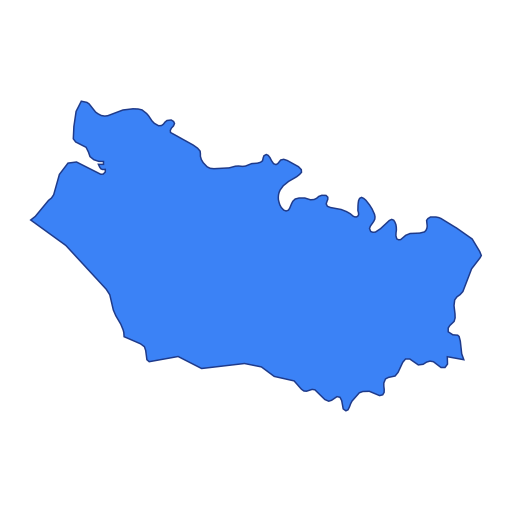 outline of Somme
{"feature_id": "FRA-5345", "entity_name": "Somme", "entity_type": "Metropolitan department", "adm_level": 1, "iso_a3": "FRA", "parent_name": "France", "parent_adm1": "", "projection": "albers", "projection_center": [2.405, 49.975], "detail": "fine", "context": "isolated", "style": "filled", "palette": "blue", "viewbox_px": 512, "rotation_deg": 0, "n_neighbors": 0, "source": "natural_earth", "source_scale": "10m", "svg_char_len": 3262}
<svg xmlns="http://www.w3.org/2000/svg" viewBox="0 0 512 512"><path d="M30.7,220.0L35.3,216.4L48.5,200.4L51.5,198.0L53.7,194.7L59.4,174.4L68.0,163.1L76.5,162.0L100.8,174.3L103.2,174.1L105.3,172.0L105.3,169.4L102.7,169.5L101.0,168.9L99.8,167.3L98.4,164.3L103.5,164.4L103.5,161.5L98.8,161.4L93.8,159.7L90.0,156.6L88.5,152.2L86.1,147.3L75.7,142.0L73.3,138.8L73.9,126.4L76.1,111.4L81.3,101.2L86.9,102.4L89.1,103.9L95.6,112.1L98.0,113.8L101.2,115.5L104.8,116.1L107.8,115.7L122.9,110.0L133.0,108.8L138.1,109.0L142.0,109.9L146.6,113.5L148.5,115.7L151.9,120.8L154.3,123.3L158.5,125.7L161.4,125.6L163.4,124.2L165.0,122.1L167.0,120.5L171.2,120.0L173.6,121.5L174.5,123.5L173.5,125.9L171.5,128.0L170.3,130.3L170.5,132.5L193.1,145.0L197.6,148.2L200.1,151.1L200.4,153.6L200.4,156.3L201.3,159.5L203.2,162.7L207.1,166.8L210.1,168.3L213.9,168.7L229.1,167.9L235.4,166.2L238.5,166.0L242.5,166.4L245.4,166.1L251.7,163.6L257.3,163.2L260.5,162.3L262.5,160.8L263.3,157.5L264.0,155.7L266.3,154.5L268.2,155.4L270.0,157.7L271.5,160.7L273.6,163.7L276.0,164.6L277.8,163.6L280.7,160.0L283.7,159.3L287.3,160.5L298.5,166.7L301.3,169.6L301.5,172.3L299.6,174.4L296.7,176.7L288.6,181.4L283.3,185.7L280.2,189.9L279.1,192.4L278.5,194.8L278.3,197.3L278.4,199.7L279.0,202.2L279.8,204.8L281.2,207.4L283.7,210.1L286.1,211.0L288.4,210.2L289.7,208.2L291.7,203.4L292.9,201.2L295.2,199.0L299.1,198.0L304.8,198.0L310.5,199.8L314.1,199.5L316.6,198.3L318.8,196.4L321.8,195.3L326.0,195.4L327.8,197.2L327.8,199.3L326.9,201.6L326.2,203.9L327.4,206.3L330.4,207.5L341.2,209.5L346.5,211.6L350.2,213.7L353.2,216.2L354.8,216.9L356.7,216.9L358.2,215.7L358.6,214.5L358.5,212.8L357.9,210.6L358.0,205.7L358.2,203.1L358.6,200.5L359.6,198.4L361.5,197.4L363.7,198.4L365.9,200.3L369.5,204.9L372.1,209.0L374.5,214.3L375.0,216.8L374.8,219.1L373.7,221.4L370.4,226.1L369.5,228.5L370.7,231.5L372.9,232.3L375.4,232.1L380.5,228.7L389.3,220.5L391.7,219.4L393.7,220.2L394.9,222.1L395.9,224.6L396.3,227.2L396.4,230.0L396.0,232.9L395.9,235.8L396.8,238.9L398.6,239.8L400.7,239.6L405.7,235.3L410.1,233.5L419.7,233.1L424.5,231.9L426.0,230.3L426.9,228.2L427.2,226.1L426.6,220.4L427.9,218.6L430.5,217.0L435.9,217.0L438.8,217.6L441.0,218.5L455.0,227.1L456.4,227.9L472.2,239.0L479.7,251.5L481.3,255.5L480.0,257.9L471.6,268.8L462.9,291.5L460.1,294.6L457.0,296.8L454.7,299.9L454.0,305.6L455.0,314.0L455.1,317.9L454.1,321.4L449.8,325.5L448.2,328.0L448.2,331.8L452.8,334.8L457.7,335.2L459.1,336.5L460.3,341.1L461.7,353.8L463.8,359.7L447.3,356.7L447.5,364.1L445.0,367.5L441.0,367.5L433.4,361.7L430.0,361.1L426.6,362.1L423.1,364.3L418.3,364.9L409.8,359.0L405.5,359.0L402.7,362.4L398.1,372.3L395.1,376.0L388.5,377.4L385.5,378.9L383.8,383.0L383.8,386.1L384.2,389.4L384.1,392.4L382.7,394.8L379.6,395.6L369.3,391.3L362.8,391.5L359.3,392.8L352.0,401.1L350.6,403.8L349.4,407.0L348.0,409.8L345.9,410.8L343.2,408.9L341.7,400.6L340.0,397.3L337.0,396.6L331.6,400.3L328.7,401.2L324.8,399.5L314.9,389.8L312.1,389.4L306.6,391.2L303.9,391.0L301.4,389.2L294.1,380.9L274.2,376.4L261.4,366.9L244.5,363.5L201.6,368.5L178.1,356.5L149.2,361.7L146.9,359.7L145.7,350.5L144.4,346.7L140.5,343.8L124.1,336.7L123.8,332.4L123.1,329.8L120.8,324.2L115.8,315.7L113.3,309.9L109.8,294.8L106.2,289.2L65.9,245.5L30.7,220.0Z" fill="#3b82f6" stroke="#1e3a8a" stroke-width="1.5"/></svg>